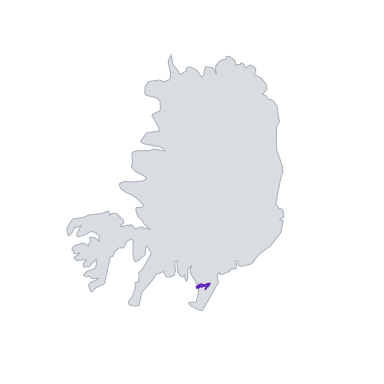 Garðabær, Reykjavík, Iceland (highlighted), rotated 303°
{"feature_id": "244011B25721014671193", "entity_name": "Garðabær", "entity_type": "district", "adm_level": 2, "iso_a3": "ISL", "parent_name": "Iceland", "parent_adm1": "Reykjavík", "projection": "albers", "projection_center": [-21.974, 64.042], "detail": "fine", "context": "in_parent", "style": "filled", "palette": "violet", "viewbox_px": 384, "rotation_deg": 303, "n_neighbors": 0, "source": "geoboundaries", "source_scale": "gbopen_adm2", "svg_char_len": 5175}
<svg xmlns="http://www.w3.org/2000/svg" viewBox="0 0 384 384"><g transform="rotate(303 192 192)"><path d="M273.5,111.7L276.3,111.6L280.6,109.0L286.6,102.3L289.2,100.7L295.5,99.9L288.5,106.7L286.3,113.4L284.5,116.8L284.7,118.2L290.6,121.5L293.0,119.9L294.2,120.3L295.5,122.0L296.6,125.6L296.6,129.4L295.4,133.4L293.6,136.8L294.1,137.8L295.8,138.1L304.7,135.1L306.3,139.7L307.3,141.1L307.2,142.7L304.2,148.2L308.1,144.5L311.3,143.2L317.3,144.1L319.9,145.6L321.7,148.6L324.4,147.2L325.9,148.9L326.2,150.8L325.6,156.3L322.6,159.4L325.1,163.0L326.9,162.8L327.3,163.7L327.4,166.0L325.1,169.0L329.9,171.4L330.6,172.4L330.7,175.9L330.3,177.9L329.1,179.2L325.9,179.8L324.1,181.3L325.0,183.4L325.1,189.2L323.2,194.3L321.2,197.1L319.0,199.0L312.4,197.9L313.1,202.0L311.1,204.8L311.8,206.8L312.7,207.8L312.6,210.6L310.3,216.5L308.4,218.5L304.5,221.2L299.0,226.9L292.8,227.5L278.4,236.3L272.8,240.9L263.0,253.6L258.7,257.1L251.0,259.2L227.9,268.7L225.6,273.5L225.5,274.5L226.7,276.2L225.1,279.6L221.7,282.3L220.0,282.3L216.9,280.5L216.6,281.5L217.9,283.9L206.4,288.6L190.1,287.2L175.6,282.0L164.2,281.2L156.0,273.4L155.8,272.2L156.6,269.7L159.4,268.6L158.0,266.2L153.3,270.6L151.7,270.5L149.7,268.8L149.6,267.1L145.6,266.5L138.6,261.6L138.1,260.4L139.7,258.7L139.4,258.4L135.6,258.7L130.3,263.4L98.0,265.3L97.0,262.8L95.7,253.6L96.9,249.7L98.2,250.1L101.9,255.4L110.5,252.5L114.0,250.6L117.2,245.6L119.1,243.9L121.6,237.6L124.2,233.7L129.6,231.8L124.8,230.7L116.8,235.8L114.1,235.8L115.4,233.6L118.1,231.1L116.2,230.9L115.5,229.8L115.4,227.4L116.8,223.6L126.2,216.8L124.0,215.5L117.5,220.7L112.7,222.5L108.9,220.2L107.1,217.0L107.2,215.6L109.5,211.5L109.1,210.7L107.6,210.3L103.4,206.6L96.9,206.9L80.7,204.5L68.4,209.3L65.5,206.8L63.3,201.6L63.8,199.6L66.0,198.5L71.9,198.9L80.7,196.7L84.8,193.7L86.3,194.5L87.0,196.0L92.4,193.8L95.3,191.2L100.2,192.5L118.3,191.2L120.6,187.7L121.6,183.6L121.1,182.8L114.5,186.6L113.0,186.5L105.3,184.5L102.6,182.2L103.5,180.3L107.6,176.4L117.9,169.9L119.3,168.6L119.5,167.0L115.4,164.2L107.7,165.0L105.7,161.6L99.4,159.6L95.1,160.8L92.9,158.8L67.5,168.7L59.5,163.6L53.7,162.6L53.3,161.0L56.8,156.6L59.2,155.8L61.5,156.3L65.8,159.7L68.8,160.8L65.1,155.9L65.1,151.4L63.9,150.2L62.9,147.2L63.4,146.2L67.9,147.0L75.1,152.4L78.7,151.5L83.5,148.3L73.1,146.2L70.0,141.9L72.3,139.9L77.7,140.3L71.9,133.0L71.7,131.8L72.7,128.7L80.1,131.6L76.3,127.3L76.2,126.4L77.4,125.6L78.0,123.0L79.9,122.1L83.6,123.0L89.4,128.0L90.2,129.4L90.4,134.3L92.7,133.6L95.4,134.3L97.7,131.0L99.3,131.8L100.5,134.8L100.2,141.4L101.9,139.1L104.6,139.0L105.1,133.5L104.6,129.2L95.7,124.1L92.3,120.4L92.7,119.1L94.5,118.1L103.7,117.3L99.8,115.1L98.8,112.9L91.8,113.6L88.3,112.7L88.3,111.5L89.7,109.9L94.0,106.6L102.0,106.4L105.2,107.3L111.4,114.8L116.4,117.9L124.8,128.0L130.2,131.9L130.5,132.8L129.6,134.0L127.5,135.4L130.7,137.1L132.7,139.7L132.8,140.9L131.2,149.1L129.1,151.7L124.1,150.2L125.3,152.8L128.9,155.6L129.8,157.1L129.2,158.6L130.9,158.1L131.5,159.0L130.7,163.6L129.9,165.3L132.9,166.2L135.0,168.5L137.7,177.8L138.9,170.6L139.6,168.0L140.8,167.0L142.2,159.6L145.5,155.3L148.6,153.6L152.0,158.6L154.4,159.0L156.6,150.0L156.7,143.4L155.8,136.1L156.1,130.9L157.6,127.8L159.7,126.8L164.2,129.7L168.2,136.9L174.1,144.5L178.1,146.3L178.8,146.0L179.4,143.5L178.4,133.2L180.0,127.6L184.6,126.0L191.3,120.7L192.9,120.4L196.5,123.2L203.2,133.2L207.9,137.8L210.7,145.3L211.8,146.7L212.6,144.3L212.5,140.8L206.2,125.2L206.1,123.1L206.5,121.3L216.1,121.6L218.3,123.2L225.6,131.8L228.6,127.9L234.3,116.7L236.5,116.9L242.4,120.8L244.5,120.2L250.7,115.8L251.6,110.7L248.0,100.7L249.0,98.6L254.6,95.5L261.1,95.4L268.5,104.2L269.2,108.6L273.5,111.7Z" fill="#d9dde1" stroke="#a8b0b8" stroke-width="1"/><path d="M120.8,253.3L120.0,251.0L119.9,249.8L119.2,249.7L118.9,249.3L118.9,249.2L118.7,249.1L118.4,249.1L118.2,249.0L118.1,248.9L118.1,248.7L118.0,248.8L117.9,248.7L118.0,248.7L117.9,248.6L117.7,248.7L117.4,248.6L117.3,248.8L117.5,248.9L117.5,249.0L117.4,249.1L117.2,249.2L116.8,249.3L116.7,249.3L116.7,249.2L116.7,248.9L116.5,249.0L116.4,249.0L116.2,249.0L115.9,249.1L115.7,249.1L115.5,248.9L115.3,248.8L115.3,248.7L115.5,248.5L115.8,248.6L116.0,248.6L116.1,248.4L116.3,248.3L116.4,248.5L116.5,248.6L116.6,248.4L116.6,248.1L116.5,247.9L116.4,247.9L116.2,247.9L116.1,248.0L115.9,247.9L115.9,248.0L115.8,247.9L115.8,247.7L115.7,247.6L115.4,247.8L115.2,247.8L115.2,248.0L114.9,248.1L114.7,248.3L114.7,248.5L114.6,248.8L114.7,249.0L114.4,249.0L114.5,249.1L114.8,249.0L115.0,249.0L115.3,249.1L115.4,249.3L115.4,249.2L115.5,249.3L115.4,249.3L115.2,249.4L114.9,249.4L114.7,249.3L114.7,249.2L114.7,249.3L114.8,249.4L115.0,249.4L115.3,249.5L115.5,249.9L115.7,250.0L115.8,250.0L116.1,250.1L116.3,250.0L116.3,249.8L116.9,249.8L117.1,249.9L117.3,250.0L117.3,250.3L117.3,250.6L117.6,251.0L117.4,251.5L117.5,251.6L117.9,251.9L119.2,253.0L119.3,253.3L119.6,253.4L120.1,253.6L120.3,253.8L120.6,254.0L120.8,254.3L120.7,255.5L117.1,256.3L123.2,256.3L122.6,257.0L124.9,256.7L123.5,255.0L120.8,253.3ZM114.4,248.0L114.4,247.9L114.3,248.0L114.2,248.0L114.3,248.0L114.5,248.2L114.4,248.0L114.4,248.0ZM114.4,248.3L114.4,248.2L114.4,248.3L114.4,248.3Z" fill="#8b5cf6" stroke="#5b21b6" stroke-width="1.5"/></g></svg>